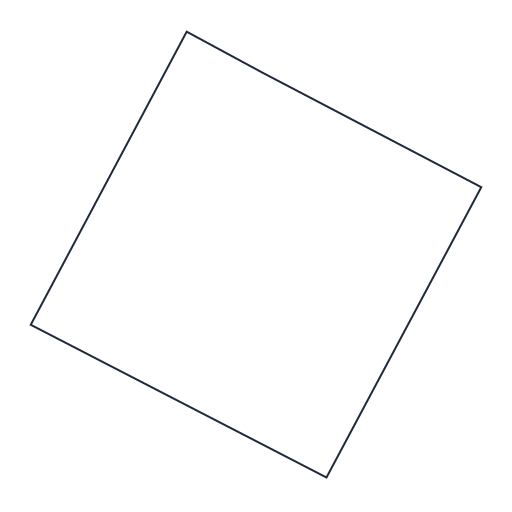 outline of Lynn, Texas, United States of America, rotated 208°
{"feature_id": "52423323B96500488872097", "entity_name": "Lynn", "entity_type": "district", "adm_level": 2, "iso_a3": "USA", "parent_name": "United States of America", "parent_adm1": "Texas", "projection": "robinson", "projection_center": [-101.839, 33.177], "detail": "fine", "context": "isolated", "style": "outline", "palette": "slate", "viewbox_px": 512, "rotation_deg": 208, "n_neighbors": 0, "source": "geoboundaries", "source_scale": "gbopen_adm2", "svg_char_len": 232}
<svg xmlns="http://www.w3.org/2000/svg" viewBox="0 0 512 512"><g transform="rotate(208 256 256)"><path d="M89.8,93.5L89.4,422.5L336.6,420.9L422.5,421.5L422.6,89.5L89.8,93.5Z" fill="none" stroke="#1e293b" stroke-width="2"/></g></svg>